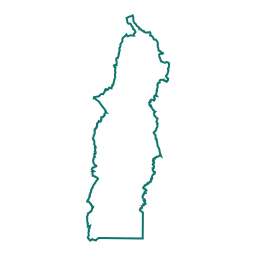 Belén, Catamarca, Argentina (Robinson projection)
{"feature_id": "61730980B98918352953876", "entity_name": "Belén", "entity_type": "district", "adm_level": 2, "iso_a3": "ARG", "parent_name": "Argentina", "parent_adm1": "Catamarca", "projection": "robinson", "projection_center": [-66.858, -26.985], "detail": "fine", "context": "isolated", "style": "outline", "palette": "teal", "viewbox_px": 256, "rotation_deg": 0, "n_neighbors": 0, "source": "geoboundaries", "source_scale": "gbopen_adm2", "svg_char_len": 5790}
<svg xmlns="http://www.w3.org/2000/svg" viewBox="0 0 256 256"><path d="M169.1,63.4L168.0,62.5L166.6,62.0L165.5,62.7L164.0,62.6L160.9,61.2L160.9,60.4L160.2,59.2L160.1,58.1L159.3,56.6L159.2,54.5L160.0,53.7L162.1,53.9L163.8,52.8L162.6,53.2L162.1,53.0L161.1,52.2L160.8,51.5L158.6,50.6L158.3,47.8L157.7,46.5L157.6,44.9L157.9,43.6L157.6,42.4L156.7,40.7L155.7,39.7L154.5,39.7L153.7,39.3L153.4,37.9L151.8,36.0L150.1,35.4L150.6,33.9L150.0,32.2L149.4,32.1L148.4,32.5L147.5,32.3L146.9,32.7L146.1,32.6L144.2,32.0L143.8,31.7L143.7,30.9L142.4,30.8L141.6,30.3L141.1,29.3L139.4,29.2L139.1,28.5L139.2,27.6L136.8,25.9L135.8,24.1L134.8,23.4L133.9,22.0L133.5,21.1L133.2,17.0L132.7,15.4L131.4,16.1L129.1,16.7L126.5,18.1L127.0,19.6L127.5,22.5L127.9,23.2L128.4,23.7L130.1,23.6L130.9,24.2L131.3,25.4L132.4,26.5L132.5,27.4L133.3,28.5L133.3,29.3L134.4,29.9L135.5,32.0L135.0,32.9L134.0,33.5L133.8,34.0L133.6,34.7L134.0,35.6L130.3,35.3L127.8,36.3L126.9,35.5L126.4,34.5L125.3,36.0L123.4,37.2L123.1,37.9L122.6,38.3L122.3,40.1L122.4,41.3L120.3,44.4L120.5,45.7L120.1,47.1L119.3,48.2L119.8,50.4L119.1,52.1L118.9,52.9L119.1,53.2L118.7,53.9L118.9,54.5L118.5,55.1L118.5,56.3L118.0,57.0L117.8,58.1L116.5,58.2L116.2,58.7L116.4,60.9L116.7,61.4L116.5,65.4L115.9,65.5L114.8,65.0L114.1,65.4L114.3,65.6L114.2,66.8L115.5,67.9L115.0,70.7L115.5,72.4L115.2,73.4L114.9,73.7L115.2,77.4L114.2,79.9L114.0,81.8L113.4,82.9L113.6,83.6L113.2,84.8L112.3,85.0L112.3,86.4L111.8,86.7L111.5,88.4L109.6,87.7L108.9,87.8L108.4,89.3L107.0,90.0L106.6,89.2L105.7,89.1L105.1,89.6L105.1,91.1L104.5,91.5L104.4,92.1L103.1,94.2L101.3,94.0L99.6,95.4L99.2,96.3L94.1,97.1L93.8,97.5L93.8,98.1L94.1,97.9L99.1,101.8L101.3,105.1L105.8,110.8L105.9,112.1L106.1,112.3L105.7,112.2L105.9,112.8L104.5,113.8L104.7,115.0L104.3,115.2L104.3,115.7L103.7,115.9L103.5,116.7L102.7,117.3L102.4,117.1L101.9,117.4L101.3,117.3L101.0,119.1L101.5,119.8L101.0,121.0L100.1,121.8L98.8,121.0L97.7,123.2L97.0,123.5L96.9,124.2L97.1,124.6L96.9,125.4L97.2,125.7L96.9,126.1L97.0,126.8L96.4,127.2L96.3,128.0L95.7,128.2L95.5,129.1L94.7,129.2L94.5,130.4L95.0,131.3L94.7,131.8L94.5,134.4L93.7,135.5L93.5,137.2L92.9,138.5L93.3,139.7L94.1,140.2L94.4,143.0L94.1,144.2L95.2,146.0L95.1,146.4L95.7,146.9L95.7,147.2L94.9,147.1L94.8,147.6L94.9,148.1L95.3,148.3L95.1,150.8L94.8,151.1L95.7,152.1L95.3,152.8L95.6,153.6L95.2,153.9L94.4,153.6L94.2,154.0L94.4,155.7L94.9,156.8L94.3,156.9L93.8,157.5L93.6,159.1L93.1,160.0L93.3,160.8L93.1,161.6L93.9,163.8L95.3,165.3L96.2,165.6L96.4,166.2L96.1,166.5L94.8,166.7L94.4,167.3L93.2,167.4L92.1,168.3L91.8,169.0L92.4,170.1L94.0,171.3L92.3,171.7L92.6,172.0L92.3,173.0L92.6,173.6L92.5,174.4L92.7,175.8L93.7,175.8L94.0,176.2L95.4,176.7L95.5,177.1L97.0,177.5L97.3,178.2L98.0,178.6L97.8,179.3L96.5,180.6L95.1,183.1L94.8,183.2L94.3,184.3L93.6,184.9L92.8,186.5L92.5,188.0L91.9,188.3L91.6,189.6L91.0,190.2L91.2,191.8L90.5,192.5L90.3,193.8L89.5,195.1L90.0,196.1L89.5,196.4L89.0,198.3L87.4,200.6L87.2,201.7L89.1,201.7L89.9,203.2L90.9,203.8L90.9,204.3L91.5,205.0L91.4,205.4L92.0,206.0L92.1,206.5L93.2,206.7L93.0,207.6L92.2,208.0L91.7,210.3L91.1,211.5L90.4,211.4L89.4,212.9L88.3,213.0L87.9,213.9L87.8,215.1L87.4,215.7L86.9,217.0L87.4,217.9L87.1,219.1L87.4,222.7L88.0,223.4L87.7,224.7L87.9,225.7L87.8,226.5L90.1,225.7L89.5,228.4L88.8,228.6L88.7,230.9L89.1,231.1L88.4,232.8L88.8,234.9L88.7,235.7L87.8,237.1L88.1,238.3L88.9,238.8L89.5,240.0L90.2,240.6L92.3,239.1L92.9,239.8L93.7,239.7L95.8,240.5L96.4,239.6L98.8,238.0L142.7,238.5L142.9,212.6L140.0,210.4L140.2,210.1L140.0,209.5L140.4,208.6L140.9,208.6L140.9,208.1L142.0,207.9L142.2,206.7L142.0,206.4L142.3,206.4L142.6,205.5L143.4,205.2L143.2,204.8L143.3,204.4L144.2,204.6L144.4,203.8L144.8,204.0L145.0,203.5L145.4,203.5L144.3,201.6L145.0,201.9L144.9,201.2L144.5,200.7L145.1,200.2L144.3,199.2L143.4,198.7L142.8,198.0L142.5,196.9L142.6,196.4L142.8,196.3L142.8,195.5L143.0,195.1L143.5,194.9L143.5,194.3L143.9,194.0L143.9,193.5L144.4,193.5L144.6,193.0L145.0,192.9L144.9,192.6L145.7,192.8L145.3,191.2L145.6,190.7L146.2,190.5L145.8,190.1L145.9,189.8L145.6,189.2L143.5,188.6L143.2,187.4L144.6,186.2L144.6,185.6L145.1,185.6L145.3,185.1L146.4,184.9L147.0,184.4L146.8,184.2L147.8,183.8L147.8,183.5L148.0,183.5L147.9,183.2L148.2,183.1L147.9,182.8L148.1,182.6L149.2,182.7L149.7,182.4L150.0,181.5L150.9,181.5L151.4,179.9L151.0,179.5L151.0,179.1L151.6,179.3L151.7,179.1L151.6,178.6L152.2,178.3L151.9,176.8L152.5,175.3L153.8,174.0L154.4,174.0L154.7,172.7L155.0,172.3L154.9,172.0L153.5,171.7L153.2,170.5L152.7,170.1L152.9,169.2L152.6,168.3L153.6,168.1L153.5,167.6L154.1,166.9L153.9,166.0L152.8,164.6L153.2,164.2L153.0,163.6L153.4,163.2L153.8,163.5L154.2,162.5L152.8,160.9L153.0,160.2L153.7,160.2L153.3,158.9L154.8,157.9L155.1,158.2L155.2,157.8L156.1,157.4L156.5,156.7L157.3,156.9L158.7,156.3L159.5,155.4L160.1,155.4L161.1,156.1L159.9,152.8L159.2,148.8L157.7,146.0L156.6,139.5L156.2,139.7L155.6,138.7L155.6,135.6L155.4,135.1L154.5,134.3L154.2,133.5L154.3,133.1L153.7,132.6L154.3,131.7L155.3,131.2L155.6,130.2L156.2,129.9L156.3,128.5L157.3,127.2L157.5,124.9L157.2,124.4L157.6,123.4L157.0,123.2L156.4,121.9L157.6,118.6L155.9,117.4L155.3,116.3L154.7,116.1L154.4,115.6L153.9,113.1L155.3,111.7L154.2,111.2L153.9,110.4L153.2,110.2L152.1,108.2L150.5,106.4L151.0,106.4L151.3,105.9L151.1,105.5L150.0,105.4L149.9,104.8L149.3,104.1L149.5,103.5L149.1,102.6L150.7,101.8L150.1,101.2L150.1,100.8L151.1,99.6L153.3,100.0L154.0,100.6L155.0,98.9L153.9,97.4L154.5,95.7L156.9,96.1L155.9,94.7L157.1,90.5L156.6,90.2L157.8,87.0L157.3,85.3L157.7,85.0L157.6,84.1L157.9,83.1L159.7,82.6L159.6,80.8L159.8,80.4L160.8,79.8L162.8,79.9L163.5,79.6L163.5,80.0L164.5,80.9L165.8,80.7L166.5,81.9L166.9,81.7L167.0,81.2L167.9,80.3L168.2,78.6L167.4,78.3L166.0,76.3L166.4,75.3L167.2,74.7L168.5,70.5L168.0,69.6L168.0,68.3L168.8,67.7L169.1,63.4Z" fill="none" stroke="#0f766e" stroke-width="2"/></svg>